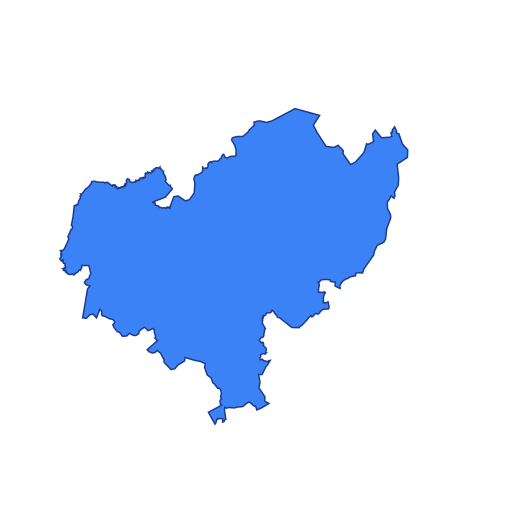 Kazdangas pag., Aizputes, Latvia, rotated 64°
{"feature_id": "27541924B75570009017892", "entity_name": "Kazdangas pag.", "entity_type": "district", "adm_level": 2, "iso_a3": "LVA", "parent_name": "Latvia", "parent_adm1": "Aizputes", "projection": "albers", "projection_center": [21.685, 56.711], "detail": "fine", "context": "isolated", "style": "filled", "palette": "blue", "viewbox_px": 512, "rotation_deg": 64, "n_neighbors": 0, "source": "geoboundaries", "source_scale": "gbopen_adm2", "svg_char_len": 6138}
<svg xmlns="http://www.w3.org/2000/svg" viewBox="0 0 512 512"><g transform="rotate(64 256 256)"><path d="M219.5,75.3L208.7,74.0L207.9,75.2L206.9,75.6L205.2,74.9L200.7,74.8L202.5,78.3L204.7,79.4L204.4,80.7L208.1,81.5L208.0,83.4L204.7,91.4L195.1,93.6L197.5,97.7L204.7,100.2L204.9,105.0L204.4,107.0L203.6,107.4L210.3,113.6L215.2,125.5L215.3,130.9L202.2,133.0L199.6,131.4L192.5,133.6L192.5,138.6L188.2,145.0L172.5,146.9L163.6,147.1L157.5,137.2L140.6,156.4L141.6,182.6L140.9,185.6L140.8,187.7L136.3,193.2L135.4,195.9L134.8,199.2L137.7,200.1L139.7,206.7L141.1,208.7L142.8,215.4L140.2,220.9L139.4,225.4L140.9,227.1L147.1,226.6L152.1,227.4L156.9,230.0L157.0,231.7L155.8,233.8L155.1,236.3L155.5,238.7L155.2,239.4L153.6,240.5L150.4,240.4L150.2,240.9L151.7,243.7L152.9,244.3L153.0,246.0L154.0,247.8L153.9,249.0L152.3,252.2L151.9,254.8L153.2,255.1L151.4,255.5L151.2,256.7L152.3,258.9L154.6,259.9L155.7,261.5L154.8,262.3L155.2,262.9L154.2,264.6L152.9,265.0L157.0,267.3L157.4,270.4L157.3,272.5L157.8,273.3L156.8,274.3L157.3,276.2L159.5,278.0L164.2,279.2L172.2,283.9L176.2,291.0L175.5,295.3L168.0,299.6L166.7,303.8L173.9,311.5L175.3,312.4L174.3,312.6L174.7,313.0L173.7,313.6L173.9,313.7L173.4,314.5L173.6,314.8L173.1,314.9L173.5,316.3L172.4,317.1L172.0,319.1L171.1,319.5L169.9,321.8L168.5,321.5L166.2,324.2L164.1,323.4L162.7,325.2L162.2,325.0L163.4,311.7L158.9,301.6L156.0,302.6L154.8,302.1L154.6,303.2L149.1,304.9L148.3,303.5L144.5,302.7L140.6,303.0L139.6,302.0L136.6,303.3L135.4,303.2L134.9,304.0L134.0,303.5L134.6,305.0L133.3,305.8L132.9,307.6L133.6,308.1L133.1,309.4L133.9,310.0L133.7,311.4L134.4,311.3L134.0,312.5L135.0,312.3L135.4,314.5L134.0,315.2L133.9,316.3L133.1,316.5L134.2,317.7L133.1,318.6L133.1,319.3L136.7,321.1L136.3,321.7L136.8,322.1L135.9,323.0L136.8,323.9L135.8,324.3L135.1,326.0L135.9,326.9L135.9,327.4L136.9,327.6L135.9,329.5L136.3,329.7L136.4,330.6L135.4,331.0L136.5,332.0L136.0,332.9L136.3,333.2L135.8,334.7L134.8,336.0L133.3,336.9L132.0,336.3L130.2,337.6L131.2,339.5L133.4,339.9L133.6,341.1L134.2,341.1L133.9,342.1L134.4,342.1L134.5,342.7L135.0,341.8L135.8,342.5L135.3,343.3L135.9,344.2L135.3,345.5L135.9,345.9L134.7,346.8L135.4,347.5L135.4,348.3L134.8,348.6L134.9,349.4L133.9,349.8L135.0,350.9L132.5,352.0L132.2,351.9L132.4,351.5L132.1,351.0L131.0,352.0L130.5,351.5L129.3,353.2L130.4,354.3L124.6,357.2L124.2,358.2L124.5,359.7L123.7,359.7L122.6,361.2L120.4,365.6L117.8,368.7L117.1,371.1L118.5,372.1L120.6,376.6L121.2,379.9L123.4,384.2L123.8,385.7L123.4,386.6L124.9,386.5L125.2,388.0L126.9,388.2L128.6,391.1L131.4,393.3L131.5,394.3L131.2,394.7L131.5,394.7L131.7,395.8L131.2,396.7L131.3,397.4L140.9,403.5L147.5,408.5L148.8,407.9L151.0,409.0L150.9,410.4L156.3,416.7L158.7,416.8L165.7,425.3L166.2,427.1L165.4,429.5L165.9,429.6L166.8,428.5L168.4,430.6L169.8,430.1L170.0,431.1L171.5,431.6L172.1,433.2L173.6,433.7L175.4,432.8L174.8,431.3L175.2,430.9L176.4,432.1L178.2,432.2L178.7,431.1L179.4,430.8L180.6,431.9L182.8,432.1L182.7,434.8L183.4,434.0L183.4,435.0L184.5,435.4L185.5,433.3L186.0,433.4L185.6,434.3L186.0,433.8L186.4,434.3L188.0,433.6L188.0,432.9L189.2,433.1L190.4,432.3L191.4,430.7L191.6,428.9L193.1,428.3L193.1,427.0L192.3,426.6L192.5,425.0L192.2,423.0L191.1,420.9L191.9,420.2L190.5,418.2L188.2,416.6L191.3,410.4L199.4,412.2L201.4,414.8L202.8,415.5L203.0,419.5L204.8,422.0L207.6,421.2L210.2,418.5L211.8,421.9L235.6,438.9L237.6,435.7L236.0,431.1L236.7,427.9L241.7,426.5L235.4,419.7L238.5,419.0L240.7,420.4L242.3,420.4L243.8,418.4L248.4,415.0L249.7,413.0L251.0,412.2L253.4,411.9L254.3,412.9L254.9,414.8L258.1,415.0L263.0,413.9L265.0,412.0L269.6,411.2L271.2,407.3L270.1,403.6L273.6,401.1L274.8,398.8L274.5,395.5L272.3,394.0L271.0,387.5L275.8,385.7L276.1,380.1L277.7,379.9L280.6,381.0L284.1,381.3L285.4,382.9L288.9,381.7L292.5,394.9L295.1,394.1L297.7,391.8L298.5,388.9L297.6,386.3L301.5,384.4L309.0,384.1L311.2,385.2L320.8,382.2L321.8,378.2L319.8,374.3L319.0,366.2L316.1,364.3L323.1,356.6L326.2,352.4L330.5,348.8L333.4,351.0L341.6,352.0L345.9,349.8L351.0,350.4L352.5,349.5L358.3,348.4L358.8,347.0L360.6,346.4L364.4,347.3L366.8,349.6L369.4,349.6L369.6,350.9L370.6,352.0L373.3,352.9L375.0,352.2L375.6,367.3L389.1,366.6L388.2,365.1L385.8,362.9L385.8,362.0L385.3,361.9L387.6,357.2L390.7,358.8L390.8,357.3L389.2,355.2L389.5,354.7L380.9,352.0L377.8,350.1L378.6,350.3L379.7,349.4L380.3,346.8L383.2,341.7L383.3,339.7L385.1,335.3L385.5,333.0L384.8,331.4L384.2,328.2L384.4,325.8L390.2,323.4L390.7,322.2L394.8,322.7L394.9,317.3L394.2,309.0L390.1,311.9L386.7,309.7L375.8,311.1L371.4,307.8L363.7,305.6L365.2,302.5L359.7,295.4L359.0,293.5L356.1,289.0L355.7,290.7L356.1,291.3L355.6,292.7L354.4,293.5L353.7,294.9L351.4,295.7L351.7,296.0L351.3,297.7L349.8,297.7L348.5,295.9L347.1,295.4L346.6,294.3L347.0,292.1L348.2,290.7L347.5,289.3L347.2,289.9L344.9,287.8L343.3,287.4L339.5,288.7L338.7,287.8L336.9,287.5L336.6,287.9L336.8,288.2L336.2,288.4L336.4,289.2L333.0,290.0L331.6,286.9L332.0,286.2L331.8,284.9L330.9,283.7L329.3,283.2L328.3,281.8L326.9,281.4L325.5,279.4L319.9,279.8L317.2,278.9L316.6,278.0L315.1,277.9L315.5,277.4L314.5,277.9L315.1,277.3L314.9,276.8L314.1,276.1L313.2,276.4L312.8,275.2L313.3,275.0L313.4,273.5L312.0,271.7L311.9,270.8L313.3,268.2L312.9,266.7L311.8,265.5L313.3,264.6L317.4,264.0L318.1,263.2L320.3,263.6L322.0,261.8L336.0,255.1L339.4,248.5L338.8,247.9L338.2,244.5L335.6,237.8L334.5,235.7L333.7,232.7L335.0,232.7L335.3,231.4L333.6,227.8L335.3,226.0L335.3,224.9L333.5,220.7L333.5,218.4L335.3,214.3L334.4,212.9L328.9,211.3L328.5,214.2L327.7,215.9L322.7,213.5L319.7,210.9L319.6,209.8L319.0,209.8L318.3,210.1L317.7,212.5L315.8,215.7L312.3,213.8L309.9,211.7L306.7,211.6L307.2,210.5L306.0,208.0L307.3,204.2L309.9,199.8L311.2,200.2L312.6,198.9L314.2,196.2L317.7,198.1L322.0,194.7L319.0,193.4L316.7,189.2L316.0,185.3L316.5,183.8L316.0,180.6L317.4,175.1L315.4,174.2L315.6,172.1L318.0,167.5L316.9,167.1L316.6,166.1L315.1,165.0L306.7,149.8L303.8,147.7L299.6,142.4L299.7,135.3L297.8,132.3L288.6,126.4L280.7,118.1L277.3,116.9L271.0,117.0L265.2,114.5L263.8,111.8L261.2,108.4L264.6,106.7L262.8,104.7L259.2,103.5L254.7,97.0L247.8,93.3L235.3,88.9L233.8,76.7L227.1,73.1L219.5,75.3Z" fill="#3b82f6" stroke="#1e3a8a" stroke-width="1.5"/></g></svg>